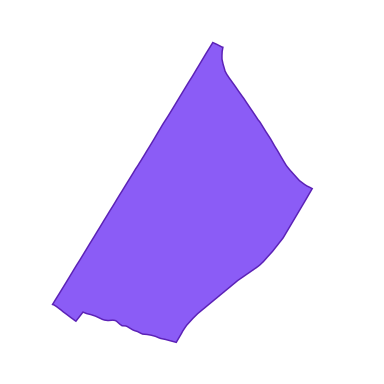 Dusit, Bangkok Metropolis, Thailand (orthographic projection), rotated 190°
{"feature_id": "78962969B42559616125747", "entity_name": "Dusit", "entity_type": "district", "adm_level": 2, "iso_a3": "THA", "parent_name": "Thailand", "parent_adm1": "Bangkok Metropolis", "projection": "orthographic", "projection_center": [100.521, 13.776], "detail": "fine", "context": "isolated", "style": "filled", "palette": "violet", "viewbox_px": 384, "rotation_deg": 190, "n_neighbors": 0, "source": "geoboundaries", "source_scale": "gbopen_adm2", "svg_char_len": 2193}
<svg xmlns="http://www.w3.org/2000/svg" viewBox="0 0 384 384"><g transform="rotate(190 192 192)"><path d="M74.2,216.2L77.0,217.1L79.9,217.9L82.3,218.9L85.1,220.3L88.2,221.9L91.3,224.3L94.9,227.1L99.0,230.3L102.6,233.4L103.8,234.5L107.3,238.5L111.4,243.3L115.0,247.6L118.5,251.5L121.8,255.5L123.9,258.0L126.3,260.6L129.8,264.3L133.7,268.7L136.9,272.3L137.8,273.2L139.0,274.2L139.4,274.5L140.6,275.8L144.0,279.4L145.3,280.7L146.0,281.5L147.9,283.4L150.9,286.5L153.3,289.0L153.9,289.6L157.1,293.0L159.3,295.1L159.8,295.6L164.0,299.7L167.4,303.2L171.4,307.1L175.4,311.0L176.9,312.6L177.7,313.4L178.1,313.8L180.6,317.0L180.8,317.6L183.7,323.5L185.4,327.7L185.5,327.9L186.0,330.5L186.2,331.7L186.7,335.6L186.7,339.9L187.4,340.0L187.8,340.0L193.5,341.8L197.1,342.7L197.5,342.8L197.7,342.2L201.9,331.7L205.5,322.3L207.5,317.0L208.5,314.5L211.6,306.3L214.5,299.2L217.3,292.0L221.3,281.7L225.2,271.6L228.7,262.7L232.4,253.9L236.9,242.0L238.6,237.4L240.6,232.2L241.7,229.4L243.7,224.4L244.8,221.5L245.8,218.9L246.7,216.7L247.7,214.1L248.8,211.5L249.5,209.6L251.0,206.1L251.3,205.6L253.4,200.1L255.8,194.1L257.4,190.1L259.1,185.8L261.1,180.7L262.5,177.3L264.5,172.2L266.9,165.9L269.5,159.5L271.6,154.1L273.9,148.3L276.8,140.8L278.6,136.3L280.8,130.6L283.6,123.6L285.8,117.9L288.3,111.5L290.8,105.1L293.0,99.8L294.8,95.2L297.1,89.2L299.4,83.3L301.4,78.2L303.5,72.9L305.6,67.6L307.8,62.2L309.0,59.1L309.3,58.2L309.5,57.9L309.8,57.0L308.3,56.8L307.8,56.6L305.9,55.8L300.2,52.9L298.0,51.6L294.3,49.8L289.1,47.1L286.2,45.7L285.7,45.4L283.9,44.6L278.5,54.8L274.8,54.0L270.2,53.7L265.5,53.0L261.4,51.9L258.2,51.0L255.9,50.7L253.1,50.8L252.5,50.8L251.3,51.1L247.9,52.0L246.4,52.1L245.3,52.1L244.6,51.9L243.6,51.5L240.1,49.3L238.4,48.5L238.1,48.3L237.8,48.2L237.2,48.2L234.1,48.6L233.6,48.5L232.5,48.3L230.0,47.3L226.3,45.9L224.5,45.5L221.4,45.1L217.6,43.9L215.9,43.5L211.5,43.9L207.4,43.9L202.9,43.5L199.5,42.7L197.3,42.3L196.8,42.3L192.7,42.2L185.9,41.6L181.4,41.2L177.8,50.9L177.0,53.4L175.4,57.1L174.1,59.9L169.1,67.8L165.3,73.2L131.4,113.0L114.6,129.6L113.6,130.7L112.4,132.1L109.4,136.2L106.8,140.5L102.5,147.3L94.3,162.6L78.7,203.9L74.2,216.2Z" fill="#8b5cf6" stroke="#5b21b6" stroke-width="1.5"/></g></svg>